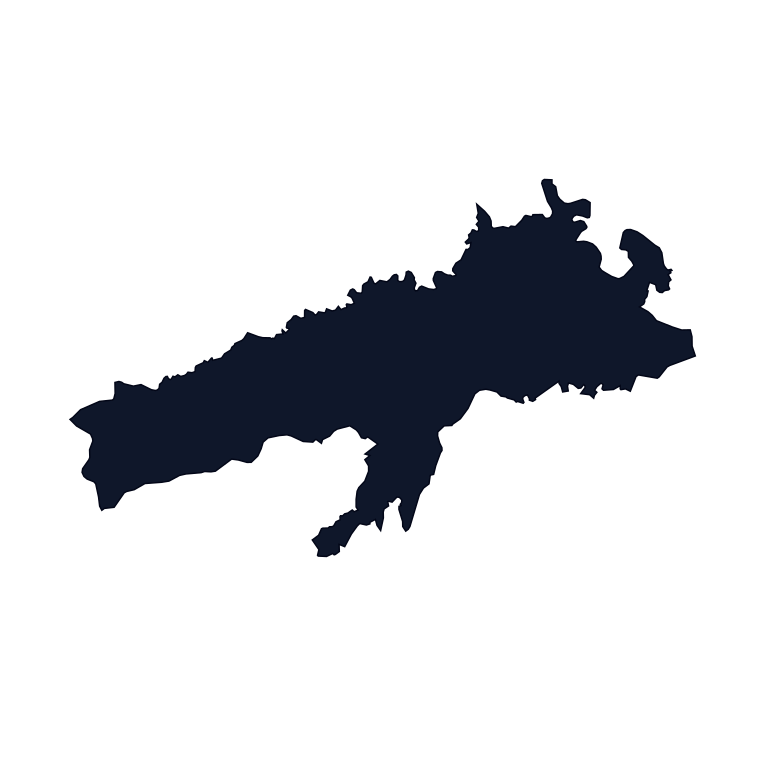 the district of Binh Xuyen, Vĩnh Phúc, Vietnam, rotated 235°
{"feature_id": "81297802B29926011513196", "entity_name": "Binh Xuyen", "entity_type": "district", "adm_level": 2, "iso_a3": "VNM", "parent_name": "Vietnam", "parent_adm1": "Vĩnh Phúc", "projection": "orthographic", "projection_center": [105.671, 21.329], "detail": "fine", "context": "isolated", "style": "filled", "palette": "ink", "viewbox_px": 768, "rotation_deg": 235, "n_neighbors": 0, "source": "geoboundaries", "source_scale": "gbopen_adm2", "svg_char_len": 6159}
<svg xmlns="http://www.w3.org/2000/svg" viewBox="0 0 768 768"><g transform="rotate(235 384 384)"><path d="M506.6,114.0L504.3,112.8L499.0,105.1L492.7,101.0L491.3,99.0L487.5,88.6L484.8,86.0L480.3,85.2L476.4,86.3L470.3,90.3L467.5,90.6L455.2,85.4L447.0,81.0L442.4,80.4L442.5,83.6L437.8,92.2L443.9,108.8L443.6,111.5L440.7,118.8L439.6,131.1L431.1,145.4L427.8,152.2L426.4,164.1L423.9,170.2L416.3,183.3L415.2,186.9L411.3,191.9L409.3,195.9L409.9,216.1L405.3,221.1L398.4,226.8L396.0,230.3L397.4,239.3L401.4,246.2L405.7,251.6L406.4,258.1L401.9,268.6L398.0,275.4L394.7,278.2L383.3,284.8L377.2,292.4L377.8,296.0L377.3,296.7L371.3,298.7L373.7,301.8L372.5,309.6L374.1,315.6L373.9,319.8L369.4,332.0L362.2,335.0L358.9,335.3L352.9,334.7L350.0,337.3L350.1,340.3L338.3,344.5L337.5,328.3L333.5,331.4L333.0,324.9L325.8,324.4L321.3,321.3L315.4,312.5L313.6,304.0L311.6,300.5L305.5,295.0L299.2,290.6L295.6,290.5L296.5,286.3L299.0,285.7L299.0,280.4L300.2,277.3L299.7,274.5L301.0,272.8L300.6,271.9L297.9,270.2L298.7,265.7L296.6,261.3L296.9,259.6L298.3,257.5L298.1,255.5L301.0,251.2L301.3,249.8L297.6,243.7L297.4,235.8L285.7,235.7L281.8,231.3L280.8,231.4L275.7,238.0L274.6,244.7L272.7,245.2L272.3,246.4L272.4,251.3L278.4,255.2L273.3,258.5L279.8,271.2L283.1,280.8L283.6,284.1L278.6,288.7L277.5,292.2L278.8,293.2L278.0,299.3L272.2,297.2L265.9,297.2L274.7,306.7L279.5,309.9L281.6,312.4L281.5,317.8L285.6,319.6L285.1,320.7L282.6,322.9L284.0,329.7L282.4,331.6L278.8,332.1L276.8,330.4L276.1,328.3L274.6,328.2L275.2,326.1L272.7,324.3L260.7,320.4L256.5,317.6L251.0,317.4L251.1,320.5L252.4,323.5L273.2,349.7L276.1,356.6L276.4,363.6L282.3,369.1L282.7,369.9L281.5,372.8L287.4,379.5L295.2,390.7L296.3,393.4L298.6,394.9L303.8,395.7L310.7,398.1L313.9,400.5L315.2,409.3L311.1,415.8L311.7,417.4L311.7,426.6L315.8,438.8L323.8,452.8L324.1,458.6L321.3,464.4L318.4,467.3L312.7,471.9L307.0,472.9L303.5,476.5L301.8,477.0L296.3,481.5L293.4,481.9L293.0,483.5L288.4,487.0L288.7,488.1L292.2,489.0L293.4,490.2L293.7,492.6L292.8,495.2L288.6,494.7L287.4,493.8L284.5,495.9L284.3,499.2L285.8,499.7L286.0,529.0L284.0,527.7L280.2,527.7L275.0,525.8L272.6,530.9L277.0,533.1L279.0,535.7L275.1,538.9L269.0,540.6L267.8,543.0L269.0,547.2L267.4,547.6L265.8,546.8L263.3,539.6L257.3,546.3L252.1,547.6L254.0,549.9L255.1,553.6L258.1,552.9L259.7,556.8L260.2,561.8L259.5,562.7L257.7,563.1L255.0,559.8L253.0,560.2L247.9,568.8L247.2,576.6L244.5,574.7L243.5,574.8L241.5,579.0L236.8,581.6L245.5,594.7L245.5,597.6L232.0,611.2L232.0,613.5L235.6,625.6L235.3,628.7L228.4,655.1L238.3,658.1L246.1,663.4L252.7,665.9L257.5,658.8L265.3,652.9L279.6,643.5L286.4,643.1L291.9,641.7L300.6,637.5L300.6,642.7L301.9,644.8L303.8,646.0L304.8,649.5L308.7,653.7L309.6,652.6L315.0,659.8L309.5,663.5L304.3,661.3L301.0,662.4L299.3,664.4L299.6,667.4L297.9,671.1L298.1,672.5L301.3,673.1L304.4,675.8L304.7,678.8L310.7,679.5L310.6,682.8L312.2,683.0L311.9,685.0L313.3,684.9L314.3,682.3L315.8,681.4L320.0,681.3L322.5,682.0L332.2,686.9L337.7,687.6L342.4,685.5L357.2,681.2L363.5,678.6L369.1,674.6L371.1,671.5L371.4,669.5L370.8,666.9L360.2,655.2L358.0,655.7L355.2,659.0L352.5,660.2L347.5,656.9L342.4,657.4L338.1,656.9L337.5,656.1L334.5,642.3L335.2,637.6L336.0,636.1L341.5,632.2L348.4,629.0L352.2,627.4L356.4,627.3L361.6,633.5L364.3,635.2L366.9,636.2L374.4,636.3L379.1,635.2L384.1,631.8L386.4,629.4L389.9,623.4L391.8,623.3L395.3,631.8L395.7,633.5L395.4,638.4L395.9,639.9L396.8,640.5L402.4,640.8L405.3,638.6L407.1,633.0L408.4,631.8L410.8,632.1L411.7,633.1L412.6,635.7L412.2,638.7L407.8,643.0L403.5,645.9L402.7,647.7L404.0,649.4L414.4,656.9L419.4,654.7L421.3,652.6L425.0,640.5L426.2,638.1L428.7,635.5L434.6,634.0L438.8,634.0L447.1,637.8L451.6,636.4L454.9,638.7L459.6,632.6L459.6,630.4L457.9,628.3L439.8,622.7L432.3,622.2L429.0,621.4L426.8,619.7L425.2,616.4L425.1,615.0L426.2,612.3L427.9,611.0L432.0,610.9L437.3,603.1L436.3,601.7L436.7,600.5L440.7,596.9L440.9,595.3L439.1,590.7L437.5,581.9L440.5,578.6L440.2,575.5L444.6,571.7L448.2,563.7L449.3,562.6L451.6,562.3L456.1,565.2L460.5,566.2L467.8,565.5L478.1,563.1L469.7,559.1L467.3,555.4L462.9,555.2L461.8,551.2L458.2,551.5L455.7,549.8L455.3,548.5L456.1,547.1L458.6,546.0L459.6,544.8L457.9,542.0L457.6,538.8L455.2,537.8L454.3,536.6L453.6,532.0L451.3,532.1L450.0,536.3L446.4,532.9L446.0,530.0L447.2,528.4L441.5,518.3L441.7,512.2L439.1,506.6L437.3,505.2L432.2,505.8L431.6,505.0L433.2,501.6L434.9,501.0L436.6,498.7L439.6,496.7L442.8,495.5L445.5,492.3L445.8,490.1L442.1,484.8L440.5,483.8L432.6,482.3L432.1,481.3L432.9,478.9L436.3,475.1L442.6,471.0L442.9,468.5L441.3,465.1L442.3,463.2L443.9,463.1L445.4,463.9L448.3,468.0L452.0,468.4L453.7,469.9L459.7,470.3L462.5,468.7L462.9,466.4L460.6,464.5L457.6,460.5L457.3,458.6L457.8,457.2L459.0,455.4L460.9,454.6L464.6,457.3L466.6,457.0L467.6,455.0L467.5,452.7L466.2,449.0L466.0,445.0L471.2,440.0L470.8,434.5L472.4,433.6L478.7,434.8L479.6,434.0L476.9,429.5L477.4,424.8L476.8,422.9L472.0,419.1L471.3,417.5L474.4,413.9L478.3,413.7L479.8,412.9L480.2,410.3L477.5,405.2L474.5,406.8L472.6,407.1L467.1,406.0L467.8,402.6L470.9,399.5L470.7,398.7L468.3,397.7L468.0,396.8L468.9,395.3L469.6,391.4L473.8,391.2L472.3,386.6L473.6,383.4L478.5,380.1L476.4,377.1L476.4,376.1L480.6,371.8L479.7,369.0L479.8,367.1L483.3,366.7L490.1,362.5L489.8,361.2L484.1,357.1L485.5,353.5L490.4,351.1L491.4,348.9L490.0,344.9L489.7,339.9L486.4,336.5L485.5,336.5L483.9,338.1L483.0,337.5L482.1,332.8L486.8,331.8L486.0,330.9L482.9,330.0L486.1,324.3L484.0,320.2L485.3,319.3L485.4,317.8L487.1,317.2L491.5,311.2L494.8,308.2L504.2,301.7L501.5,295.1L501.2,292.5L502.6,285.1L501.5,283.5L501.4,280.5L499.7,277.9L500.2,270.8L498.4,265.8L501.6,257.3L503.8,258.1L504.2,257.6L502.8,252.2L506.2,250.2L505.1,248.1L506.5,240.5L505.8,239.0L502.5,236.3L503.4,233.2L506.1,230.2L505.3,227.7L505.4,225.4L506.8,221.8L509.8,220.4L509.7,216.9L511.4,215.6L510.0,212.4L510.3,211.3L512.1,210.5L514.5,210.9L515.2,209.6L514.9,207.1L512.7,203.2L512.5,200.1L509.4,197.2L509.1,194.8L509.8,193.0L512.7,190.2L522.9,184.6L526.0,177.5L533.4,171.0L535.9,170.1L538.1,168.3L539.6,164.5L530.4,158.3L526.8,154.1L526.6,152.3L532.9,141.0L537.0,120.7L535.1,109.9L535.1,106.5L525.9,108.1L511.3,114.9L506.6,114.0Z" fill="#0f172a" stroke="#020617" stroke-width="1.5"/></g></svg>